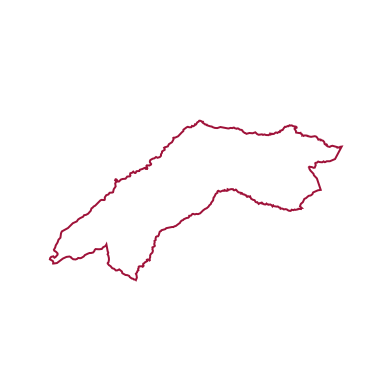 the district of Nova Maringá, Mato Grosso, Brazil, rotated 251°
{"feature_id": "56859067B91548719297399", "entity_name": "Nova Maringá", "entity_type": "district", "adm_level": 2, "iso_a3": "BRA", "parent_name": "Brazil", "parent_adm1": "Mato Grosso", "projection": "robinson", "projection_center": [-57.25, -12.757], "detail": "fine", "context": "isolated", "style": "outline", "palette": "rose", "viewbox_px": 384, "rotation_deg": 251, "n_neighbors": 0, "source": "geoboundaries", "source_scale": "gbopen_adm2", "svg_char_len": 6085}
<svg xmlns="http://www.w3.org/2000/svg" viewBox="0 0 384 384"><g transform="rotate(251 192 192)"><path d="M159.0,251.2L159.4,252.4L159.1,253.3L159.4,254.1L159.1,254.7L158.0,254.7L157.8,255.5L156.9,256.1L156.3,257.4L156.8,258.7L155.9,259.1L155.5,260.0L155.1,260.1L154.7,262.0L153.5,263.0L152.5,263.3L153.0,263.7L153.0,264.2L152.4,264.0L150.5,267.5L150.4,268.4L148.9,269.4L148.6,270.1L147.4,270.2L147.5,270.7L146.7,272.3L145.6,273.2L145.4,274.7L144.7,275.9L143.0,277.2L142.1,278.8L142.2,279.8L142.8,280.4L141.8,282.1L142.0,283.3L141.5,283.8L141.1,286.5L141.5,287.0L140.4,289.5L141.2,290.0L141.1,290.6L143.2,289.4L144.7,290.5L145.4,291.2L146.3,293.5L148.9,296.0L149.1,297.8L150.4,301.0L150.1,303.0L150.3,304.0L150.8,305.2L152.1,306.3L152.2,306.8L152.6,311.5L152.1,314.4L164.2,314.5L168.1,312.7L169.7,312.8L173.6,311.0L175.4,310.6L176.2,310.6L177.2,311.0L177.5,310.8L177.7,311.2L176.5,313.5L175.3,314.8L175.1,316.0L177.1,317.7L179.1,317.9L179.3,318.6L179.1,319.8L179.7,321.2L178.8,322.3L177.7,324.8L178.1,326.4L177.1,327.0L176.9,327.7L177.2,329.4L176.2,332.4L176.6,338.0L186.2,348.3L186.5,346.8L186.0,345.7L186.6,344.8L186.5,344.2L186.7,343.8L187.2,343.9L190.0,339.8L190.1,338.4L189.8,336.9L190.9,335.2L192.2,334.3L192.7,334.9L193.3,334.7L193.9,333.2L194.4,333.0L196.0,333.3L197.7,332.7L198.7,331.5L199.0,330.5L199.6,330.7L199.9,330.3L200.5,329.0L200.4,328.5L202.9,328.0L204.2,327.2L204.8,326.2L205.4,322.5L207.2,319.5L207.5,319.6L208.3,318.3L208.9,316.6L208.7,315.8L209.5,315.2L209.5,314.6L210.5,314.9L211.8,313.9L212.6,313.9L212.7,312.8L214.3,309.8L216.2,310.1L218.3,309.5L218.7,309.9L218.7,311.8L219.1,312.0L220.0,311.5L221.2,309.2L222.5,308.0L222.7,306.8L223.3,306.1L222.8,304.7L223.2,304.4L223.0,301.8L223.4,301.2L222.8,300.0L221.1,297.8L221.3,297.2L221.0,296.1L221.2,295.6L220.5,295.1L220.7,294.7L220.1,294.3L220.5,293.3L220.0,292.0L220.8,291.1L221.0,290.4L220.3,288.4L220.5,287.1L221.1,286.6L220.8,285.8L221.7,285.0L220.9,284.5L221.2,284.0L220.8,283.0L221.8,280.5L222.8,279.3L222.9,277.7L223.4,277.4L223.8,276.7L224.4,273.7L225.5,272.5L227.8,271.3L227.8,268.4L229.1,265.5L229.3,262.4L230.3,261.7L230.7,261.0L232.8,259.7L233.7,259.7L234.5,259.2L235.5,257.4L236.9,256.5L237.4,255.5L237.2,254.9L238.5,253.1L239.2,252.7L239.4,251.9L239.2,251.2L240.1,249.1L240.1,247.5L240.5,246.5L244.2,240.0L244.2,236.7L245.2,234.4L246.8,232.4L247.4,232.1L248.3,230.4L250.3,227.8L250.8,227.9L251.6,226.4L252.4,226.1L253.1,225.3L254.3,224.6L254.9,225.1L255.4,224.2L256.2,223.6L256.9,222.6L257.0,221.9L256.4,221.2L256.1,219.6L254.6,217.9L255.0,216.8L254.2,216.4L253.8,215.0L253.8,214.4L254.5,213.5L253.5,212.4L254.1,210.4L255.0,209.3L254.9,208.0L253.7,204.2L252.4,203.6L251.7,201.8L249.2,197.0L248.9,193.7L249.3,192.6L249.2,191.9L247.8,191.7L245.6,189.3L244.7,185.7L243.0,184.0L243.1,180.6L242.9,180.0L241.8,180.2L240.8,179.9L240.1,176.9L238.9,176.4L237.7,174.9L236.4,174.5L235.9,173.8L235.5,172.8L235.6,170.5L236.8,169.4L236.1,167.4L236.3,165.7L235.8,163.1L234.9,162.2L233.8,161.9L231.8,162.5L231.3,162.2L230.9,160.4L231.9,158.0L231.5,157.4L229.0,157.5L228.4,157.0L229.0,155.7L230.1,155.5L230.2,154.9L229.9,152.6L230.0,149.9L229.0,149.0L229.7,146.3L228.4,144.8L228.8,143.9L230.4,143.1L229.7,141.7L229.8,139.8L228.9,139.2L227.6,139.1L227.0,138.4L227.7,135.8L226.2,133.5L226.9,130.6L226.9,128.8L225.7,126.4L226.0,125.3L228.1,124.8L228.6,124.5L228.9,123.9L228.1,123.1L227.3,123.5L226.9,124.1L226.5,124.1L225.2,122.2L222.1,121.6L220.1,118.9L217.5,117.3L217.4,116.7L218.1,113.8L216.9,112.2L216.9,109.9L215.3,107.8L213.5,107.2L213.0,106.8L213.0,106.2L214.0,104.0L213.9,102.7L210.6,96.0L210.3,94.2L209.6,93.1L209.2,91.6L207.2,90.1L205.3,86.7L204.9,84.4L205.2,82.4L204.1,81.0L203.7,77.7L203.1,75.4L201.7,73.5L201.3,69.2L198.3,63.0L197.1,56.1L195.6,54.7L191.6,52.7L190.4,50.3L188.0,48.4L185.9,45.8L184.1,44.6L182.3,42.6L181.3,42.7L179.7,44.0L177.7,44.9L176.5,44.5L174.9,41.7L174.7,40.5L176.3,40.0L176.5,37.8L175.8,36.5L174.6,35.7L172.1,37.9L170.8,38.0L169.6,37.4L169.4,37.9L168.8,41.2L171.1,48.3L171.5,52.2L170.9,55.1L169.8,56.3L169.1,56.4L167.1,57.8L166.1,60.0L166.2,61.8L166.7,62.9L165.8,64.7L165.7,65.9L166.3,68.7L167.2,70.1L167.6,73.3L167.7,75.3L167.2,76.6L167.0,78.8L167.8,80.2L169.0,81.3L169.4,82.3L168.1,85.5L167.5,88.1L168.7,90.0L169.1,92.7L170.3,94.0L162.9,92.9L162.3,93.1L161.6,92.9L160.6,91.9L159.3,92.2L156.6,91.9L154.7,91.3L152.7,90.1L152.4,89.3L151.8,89.0L149.8,89.7L148.5,90.8L145.9,91.8L144.8,93.3L142.6,94.5L142.2,96.0L142.5,98.0L139.7,99.8L137.9,99.7L135.2,102.1L134.4,103.8L133.2,105.2L131.8,105.5L129.8,106.9L129.4,107.8L128.1,108.7L127.6,110.0L127.0,110.3L129.0,112.0L131.7,112.5L132.9,112.3L133.9,113.9L134.8,114.4L135.5,115.9L136.7,115.9L137.5,116.8L138.6,117.2L138.9,117.9L138.1,120.4L137.4,120.9L137.5,121.6L138.0,122.2L138.9,122.0L140.1,122.6L140.2,123.6L140.8,124.5L141.2,126.9L142.6,127.2L142.7,127.9L141.6,129.3L141.1,129.4L141.2,129.9L142.7,130.2L143.9,131.2L145.7,131.8L146.7,132.8L147.6,134.8L149.1,135.9L150.7,135.9L151.1,136.3L152.5,136.5L152.9,139.0L153.5,139.4L155.0,139.3L156.5,140.3L158.0,140.6L158.5,142.1L159.9,142.4L161.3,143.4L161.5,144.4L161.2,145.5L161.8,146.3L165.0,148.6L165.2,150.0L165.8,150.7L165.6,154.7L166.2,155.9L165.4,161.8L164.9,163.0L165.3,164.2L165.1,165.4L166.8,170.7L167.6,171.4L168.3,172.8L168.4,174.5L168.9,175.3L169.2,178.3L168.9,180.2L169.5,181.3L170.4,181.6L170.0,183.3L171.1,185.2L171.0,185.9L169.9,187.4L169.9,188.9L169.1,190.5L169.2,192.8L171.0,196.5L171.7,198.7L171.9,200.7L172.8,202.9L173.7,203.9L174.5,205.9L175.6,206.7L177.2,209.2L179.7,210.6L180.3,211.7L182.5,213.8L183.0,215.8L183.9,216.0L184.5,216.7L184.6,217.3L183.1,218.8L183.3,222.0L182.8,222.3L182.5,223.5L183.0,223.7L181.8,225.1L181.7,226.0L183.0,226.6L182.6,227.0L182.1,226.9L182.0,229.9L181.3,231.7L180.2,231.9L179.8,232.7L180.0,234.2L179.5,234.6L179.0,234.6L176.6,235.8L174.8,238.8L174.4,238.9L174.2,238.5L173.9,239.2L173.0,239.7L172.5,240.9L171.1,241.7L171.0,242.3L170.0,242.7L169.6,242.5L169.4,242.8L169.5,244.2L168.7,244.8L168.9,245.5L166.4,245.7L164.8,247.1L163.9,248.5L161.9,248.9L161.2,249.6L161.1,250.4L159.0,251.2Z" fill="none" stroke="#9f1239" stroke-width="2"/></g></svg>